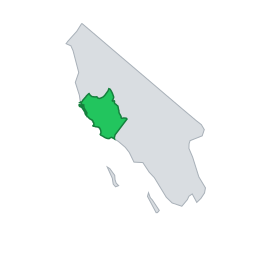 Stann Creek on a map of Belize (Albers equal-area conic projection), rotated 128°
{"feature_id": "BLZ-1355", "entity_name": "Stann Creek", "entity_type": "District", "adm_level": 1, "iso_a3": "BLZ", "parent_name": "Belize", "parent_adm1": "", "projection": "albers", "projection_center": [-88.471, 16.817], "detail": "fine", "context": "in_parent", "style": "filled", "palette": "green", "viewbox_px": 256, "rotation_deg": 128, "n_neighbors": 0, "source": "natural_earth", "source_scale": "10m", "svg_char_len": 2978}
<svg xmlns="http://www.w3.org/2000/svg" viewBox="0 0 256 256"><g transform="rotate(128 128 128)"><path d="M80.2,79.0L80.2,72.3L82.3,66.9L88.5,64.7L96.5,69.4L99.8,71.3L102.8,70.2L106.6,67.4L111.2,59.1L122.9,42.1L127.5,30.1L132.1,27.7L138.6,27.2L144.3,28.0L140.4,36.8L144.3,38.0L147.9,37.1L156.5,37.4L159.9,47.1L159.0,55.2L150.9,76.7L149.8,84.0L146.1,95.0L151.2,102.3L146.5,111.9L144.9,118.2L144.5,127.5L146.9,145.3L143.1,171.0L136.3,182.2L132.1,186.5L124.5,197.6L114.6,201.0L100.9,218.9L98.4,223.6L99.7,228.7L96.5,228.8L83.3,227.9L74.4,228.8L74.0,228.3L74.8,209.0L76.1,179.1L77.0,157.2L77.9,135.8L78.6,119.7L79.5,97.9L80.2,79.0ZM169.9,70.5L166.4,72.0L169.2,67.5L169.7,64.6L173.7,52.6L176.6,52.7L177.4,53.7L169.9,70.5ZM177.2,109.5L171.5,120.4L171.2,117.3L173.5,109.3L176.7,106.4L178.7,103.4L179.2,99.9L182.0,101.6L181.3,105.1L177.2,109.5Z" fill="#d9dde1" stroke="#a8b0b8" stroke-width="1"/><path d="M144.9,131.9L144.9,132.6L145.3,134.4L145.6,135.4L146.3,135.8L147.9,136.3L148.8,137.5L149.4,139.0L149.8,140.7L150.0,143.1L150.4,145.0L150.2,145.9L149.8,146.1L149.1,146.1L148.4,146.4L147.6,147.1L146.5,148.3L145.7,149.7L145.3,150.9L145.7,152.3L147.1,154.6L147.4,156.0L147.5,156.0L147.8,156.2L148.0,156.5L147.9,157.0L147.6,157.1L146.7,156.9L146.3,157.0L145.4,157.8L145.0,158.2L144.9,158.9L144.7,159.3L144.3,159.7L144.0,160.2L143.8,161.0L143.9,162.0L144.2,163.2L144.3,163.9L143.6,169.5L143.2,170.3L142.5,171.0L141.8,172.0L140.9,175.1L140.5,176.1L140.3,177.5L140.8,179.4L140.5,180.2L139.9,180.8L139.4,180.9L139.2,179.7L141.5,170.8L142.8,169.5L143.3,168.7L141.3,169.7L139.3,174.8L137.7,176.7L138.2,176.8L139.2,177.3L138.7,177.6L138.3,177.7L137.8,177.6L137.2,177.3L137.3,178.0L137.5,178.3L137.9,178.4L138.7,178.4L138.7,178.9L137.9,179.4L137.3,180.2L137.2,181.1L137.4,181.5L136.5,181.2L136.3,180.6L136.0,180.5L135.3,180.5L133.7,180.7L133.4,180.7L133.0,180.6L132.2,180.6L131.9,180.6L129.0,180.4L128.8,180.5L128.3,180.5L125.3,180.1L124.8,179.9L124.9,179.5L125.1,179.3L125.2,179.0L125.3,178.7L125.4,177.2L125.5,176.7L125.5,176.4L125.5,176.1L125.4,175.7L125.1,175.2L124.9,174.9L124.7,174.5L124.5,174.2L124.4,173.9L124.1,173.6L123.9,173.2L123.0,172.2L122.6,171.8L122.6,171.4L122.9,170.7L122.9,170.3L122.9,170.0L122.7,169.7L122.5,169.0L122.3,168.7L121.9,168.3L119.3,166.9L118.2,166.6L116.5,166.4L110.9,166.6L108.8,167.3L108.5,166.3L108.5,165.9L109.0,164.4L109.7,162.9L110.2,161.8L112.2,158.6L112.6,158.2L113.0,158.0L114.4,157.5L115.8,157.3L116.1,157.2L116.3,157.0L116.3,156.7L116.1,156.4L115.1,155.7L115.0,155.4L115.1,155.2L115.6,154.8L116.3,154.4L116.5,154.2L116.8,153.6L116.9,153.2L116.8,152.3L116.8,151.9L117.0,150.8L117.0,150.4L116.9,150.0L116.9,149.7L117.1,149.3L119.3,146.8L119.8,146.0L120.2,145.6L121.0,145.0L121.5,144.3L122.0,143.4L122.4,142.2L123.2,140.6L123.4,140.3L123.9,140.0L124.2,139.6L124.2,139.0L123.7,138.4L122.7,137.5L121.6,135.8L121.3,135.1L121.6,134.3L141.3,134.0L142.0,133.7L142.4,133.5L143.9,132.9L144.9,131.9Z" fill="#22c55e" stroke="#15803d" stroke-width="1.5"/></g></svg>